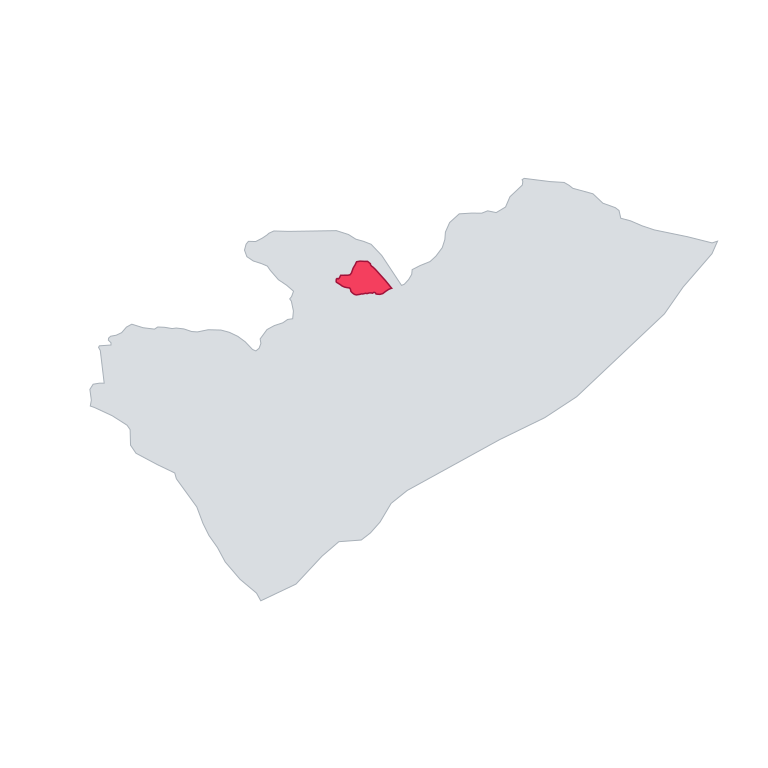 location of Boe & Quilla, Nimba, Liberia, rotated 285°
{"feature_id": "62588387B21067170743113", "entity_name": "Boe & Quilla", "entity_type": "district", "adm_level": 2, "iso_a3": "LBR", "parent_name": "Liberia", "parent_adm1": "Nimba", "projection": "natural_earth1", "projection_center": [-8.658, 6.778], "detail": "fine", "context": "in_parent", "style": "filled", "palette": "rose", "viewbox_px": 768, "rotation_deg": 285, "n_neighbors": 0, "source": "geoboundaries", "source_scale": "gbopen_adm2", "svg_char_len": 3003}
<svg xmlns="http://www.w3.org/2000/svg" viewBox="0 0 768 768"><g transform="rotate(285 384 384)"><path d="M142.7,321.1L149.0,315.0L158.1,295.5L171.0,276.7L182.9,265.5L192.4,254.1L202.4,245.3L216.8,235.0L238.7,208.0L243.9,204.9L247.4,186.2L252.9,162.4L259.3,155.0L274.2,150.6L277.7,146.5L283.0,129.7L286.4,110.2L286.7,106.0L292.6,105.5L302.7,101.3L308.5,103.1L311.1,108.8L312.4,113.5L342.9,101.3L345.5,98.8L347.2,99.2L351.0,110.2L353.2,109.6L355.0,106.4L357.0,106.1L359.4,107.6L361.8,112.7L365.7,117.3L372.3,120.5L376.5,124.9L376.0,136.7L377.6,148.1L380.5,150.7L382.0,157.5L382.7,165.0L384.3,168.9L385.4,176.5L384.9,184.6L386.0,190.3L390.9,200.1L393.9,212.5L393.9,221.2L392.2,230.4L388.9,238.9L383.3,248.1L382.8,251.7L386.2,254.1L391.3,254.6L395.5,252.7L406.3,256.9L412.0,262.9L416.9,270.4L421.4,274.2L423.4,278.9L431.1,277.6L440.0,273.1L441.8,270.9L444.5,272.1L450.2,272.6L454.2,264.4L457.4,255.0L464.3,244.8L467.7,240.8L468.6,234.3L469.0,225.9L471.5,218.6L477.2,214.6L483.3,214.6L486.7,216.1L488.4,223.2L493.3,228.6L497.5,232.3L499.8,233.8L503.3,238.0L506.7,252.3L519.8,298.3L519.2,311.0L516.6,319.3L516.5,327.4L515.6,335.4L507.6,348.5L483.8,375.4L485.6,377.8L491.3,380.8L497.1,382.4L501.8,381.6L507.8,388.3L514.2,396.8L521.0,401.1L530.8,405.0L539.3,405.4L546.6,404.0L556.9,405.6L567.8,412.6L571.7,424.2L574.3,434.2L578.1,439.3L578.6,448.0L586.4,455.6L597.5,457.2L611.9,466.1L615.5,465.7L617.1,464.5L618.9,466.2L622.5,492.1L625.3,505.8L623.8,511.4L621.9,515.7L621.8,536.6L615.3,548.6L614.2,561.8L612.4,566.1L605.4,569.8L605.4,580.0L603.6,592.2L602.8,605.1L604.8,639.1L605.2,664.4L608.3,669.2L594.8,667.1L555.0,647.8L524.3,636.7L421.6,573.4L393.1,548.0L360.3,510.2L287.2,434.0L270.6,421.8L249.6,415.9L236.6,409.4L227.4,402.4L220.0,381.2L201.7,368.7L168.0,350.8L142.7,321.1Z" fill="#d9dde1" stroke="#a8b0b8" stroke-width="1"/><path d="M478.6,366.4L480.2,364.2L481.2,362.9L483.4,359.8L484.3,358.6L488.3,352.4L492.1,346.6L493.0,345.1L494.4,342.4L494.4,341.8L495.5,340.3L495.6,340.2L496.7,339.7L497.7,337.5L498.2,336.4L497.6,334.1L497.4,333.5L497.3,332.9L496.5,329.1L495.9,327.8L495.4,326.7L495.0,325.9L494.6,325.8L493.7,325.6L491.8,325.3L489.8,324.7L488.2,324.3L487.9,324.2L485.5,324.0L482.8,323.8L480.9,323.0L480.7,322.9L479.7,320.9L479.2,319.0L479.1,318.7L477.8,314.0L476.1,313.7L475.6,313.6L474.5,313.3L474.2,312.9L473.6,312.5L473.8,311.4L472.9,310.8L472.4,310.9L470.7,311.2L470.0,311.7L469.9,312.0L469.4,313.7L468.8,315.7L468.1,317.5L467.8,318.1L467.8,318.3L467.4,320.7L467.4,320.9L467.5,322.9L467.7,324.7L467.9,325.9L467.5,326.3L467.0,327.0L465.0,328.0L464.3,329.0L463.7,330.1L463.0,331.9L462.9,332.4L462.9,333.9L462.9,334.2L464.3,337.4L465.3,339.1L465.4,340.1L465.5,340.3L466.6,342.3L466.9,342.8L466.9,343.1L466.9,344.2L468.2,346.2L468.6,347.8L468.7,348.1L468.7,348.6L468.7,349.3L469.9,350.5L470.0,351.5L469.7,352.3L468.9,353.0L469.0,354.1L469.5,356.8L471.0,359.4L471.4,359.7L474.0,361.7L476.6,364.0L477.6,365.3L478.5,366.6L478.6,366.4Z" fill="#f43f5e" stroke="#9f1239" stroke-width="1.5"/></g></svg>